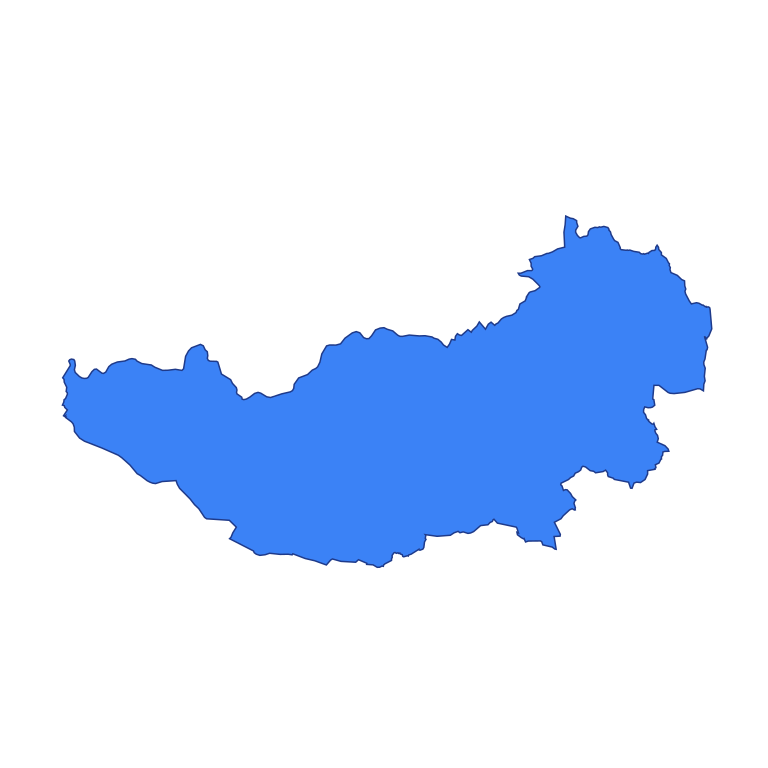 the district of Muinebeag Lea-5, Carlow, Ireland, rotated 96°
{"feature_id": "5873133B83238014482062", "entity_name": "Muinebeag Lea-5", "entity_type": "district", "adm_level": 2, "iso_a3": "IRL", "parent_name": "Ireland", "parent_adm1": "Carlow", "projection": "albers", "projection_center": [-6.936, 52.637], "detail": "fine", "context": "isolated", "style": "filled", "palette": "blue", "viewbox_px": 768, "rotation_deg": 96, "n_neighbors": 0, "source": "geoboundaries", "source_scale": "gbopen_adm2", "svg_char_len": 6123}
<svg xmlns="http://www.w3.org/2000/svg" viewBox="0 0 768 768"><g transform="rotate(96 384 384)"><path d="M255.1,95.1L250.0,95.9L249.0,98.9L245.3,103.6L243.2,110.3L240.1,111.6L238.3,111.4L236.4,112.7L234.5,112.7L233.8,113.7L229.6,116.4L226.6,121.6L224.2,121.9L221.5,124.8L219.3,125.3L217.4,126.9L219.5,128.0L221.3,128.0L222.8,128.7L223.3,131.5L225.5,134.3L226.5,134.6L226.3,135.6L227.7,138.5L227.2,139.3L227.7,140.0L227.6,142.2L226.3,143.9L226.0,149.5L225.1,153.5L225.6,155.3L225.3,156.1L225.7,157.1L225.6,162.2L224.7,163.3L223.7,163.3L218.7,166.1L217.3,169.6L215.8,170.9L211.7,173.7L209.0,174.7L207.3,176.5L206.6,176.4L205.0,177.7L204.3,181.8L205.4,184.9L205.2,186.2L206.1,187.8L206.1,190.6L208.2,195.0L211.1,196.6L214.3,196.7L215.8,197.8L216.3,200.7L218.1,203.8L218.0,204.8L216.0,207.2L213.0,209.3L210.8,209.4L206.9,207.6L203.5,209.2L201.4,209.5L199.8,213.1L199.6,216.0L198.0,220.8L206.7,220.5L214.2,220.9L229.0,218.6L231.5,225.5L235.0,230.3L236.9,234.1L237.1,235.6L240.0,240.8L241.6,247.4L243.5,249.1L245.0,252.4L248.5,250.3L251.5,250.0L254.2,248.1L255.2,248.4L255.8,249.0L256.2,253.1L259.5,259.4L259.8,262.1L261.5,260.8L262.3,258.8L262.2,251.3L264.2,246.9L269.9,239.9L271.0,239.1L271.7,239.3L275.4,243.5L277.2,248.2L278.0,249.2L282.6,251.5L282.8,251.2L286.6,252.3L290.2,257.2L295.8,258.2L296.9,259.5L299.2,260.2L302.2,264.1L303.9,269.2L305.4,272.0L307.1,274.1L311.4,277.0L312.7,279.0L314.1,280.0L311.3,284.0L313.6,286.5L318.9,288.8L312.3,295.7L316.7,297.7L321.5,301.8L323.4,302.6L321.2,306.2L327.6,312.0L327.4,314.1L326.3,316.3L329.1,317.9L332.9,318.1L332.6,321.5L337.4,323.0L341.0,325.0L339.0,328.9L336.3,331.5L333.9,335.1L333.2,339.1L332.2,341.1L331.7,348.3L332.5,353.8L332.7,364.0L334.7,370.6L334.9,373.2L334.0,375.5L330.3,380.8L329.2,386.6L328.0,389.9L328.8,393.7L331.1,398.1L337.4,401.4L340.4,403.7L340.8,406.2L340.0,409.1L335.6,413.4L334.8,417.1L336.5,420.9L342.5,427.6L348.6,431.4L350.3,435.8L350.9,442.1L352.1,445.1L360.6,449.0L369.0,450.0L373.9,451.8L375.7,453.5L377.7,456.8L382.6,461.0L386.9,469.5L393.7,473.3L397.7,473.3L400.1,474.3L401.6,476.3L404.5,484.7L409.3,495.4L409.0,499.3L406.0,505.6L405.5,508.4L406.9,511.7L410.9,515.9L413.4,519.3L414.2,521.8L413.9,523.5L412.0,524.1L409.2,529.2L407.7,529.8L405.4,529.6L403.0,530.5L399.2,534.8L395.7,537.0L391.1,546.7L379.6,551.5L379.0,552.8L379.5,559.2L378.9,561.2L377.0,562.4L374.3,562.2L370.4,563.1L368.7,565.4L364.9,567.7L363.8,570.7L368.1,579.2L371.6,581.9L377.2,584.2L389.8,584.9L391.6,586.4L391.2,593.0L392.9,600.3L393.6,605.7L391.3,613.6L389.4,617.4L389.0,627.0L387.1,631.9L385.4,633.8L385.1,637.3L385.9,640.1L388.2,644.1L390.0,651.5L392.8,656.9L395.5,659.5L401.3,662.0L402.8,664.1L402.7,665.7L399.2,671.5L399.7,673.6L402.3,675.8L408.4,678.9L409.4,680.3L409.8,682.7L409.6,685.0L408.4,687.7L404.8,692.3L402.2,693.4L397.7,692.9L393.4,694.0L392.1,695.0L391.9,697.5L392.7,699.1L394.1,699.9L397.3,698.1L398.6,698.0L411.4,704.2L412.8,702.7L415.6,702.2L420.4,699.2L424.7,699.3L425.7,698.1L427.2,697.8L431.8,699.2L433.0,700.5L435.6,700.6L438.6,701.6L439.0,699.7L440.7,699.0L442.9,696.2L449.1,699.4L449.6,698.4L448.9,697.5L449.6,697.7L450.0,696.7L450.6,697.1L454.3,690.9L456.0,689.1L459.3,687.5L463.6,686.9L469.6,681.1L472.2,675.9L477.1,658.0L482.6,640.8L484.7,637.1L491.2,628.1L499.0,620.1L500.5,616.7L504.9,609.5L506.1,606.5L506.8,603.7L506.9,600.8L504.2,594.5L501.8,580.7L505.3,579.1L509.1,576.4L518.6,564.8L523.8,559.8L527.3,555.2L535.4,548.5L536.6,546.3L535.7,523.6L541.8,515.9L547.8,518.8L552.3,520.1L554.0,521.4L563.7,496.3L565.3,495.5L566.6,493.3L567.4,489.6L566.2,484.3L564.3,480.1L564.3,469.5L563.3,461.5L563.5,457.5L562.4,456.9L565.8,444.1L567.0,434.5L570.0,422.4L564.7,418.7L563.4,417.0L564.9,408.2L564.2,393.5L561.4,391.0L564.1,382.3L565.2,382.4L565.0,376.0L567.0,371.6L566.7,369.2L565.3,367.0L565.4,365.6L563.9,365.4L562.7,364.2L558.7,358.1L556.6,358.2L555.9,357.7L553.5,358.0L550.8,356.4L550.4,355.4L551.1,354.1L550.4,352.5L551.0,351.9L550.5,350.5L551.3,350.2L551.8,348.0L553.5,347.3L553.8,346.3L552.3,342.6L552.6,341.9L551.4,341.5L550.4,339.2L544.8,332.1L545.3,332.1L545.5,330.8L544.2,328.1L542.4,327.3L536.8,327.2L534.1,326.0L533.2,326.8L530.1,326.6L529.5,327.2L529.9,315.3L527.5,302.2L524.7,298.8L522.8,294.9L524.0,292.9L522.8,289.8L523.8,284.9L523.1,282.3L521.4,279.4L514.7,273.1L513.1,265.9L510.6,264.0L509.4,261.9L507.6,261.3L507.0,260.5L510.5,256.7L512.5,237.6L513.5,236.7L518.1,234.7L517.6,236.3L520.0,235.5L522.4,231.5L523.4,229.1L523.0,228.6L526.3,226.7L525.1,224.0L523.7,211.9L524.5,210.6L527.4,209.2L528.6,199.7L530.3,196.8L530.4,195.5L517.9,198.9L516.9,193.0L515.1,192.9L503.7,200.1L499.5,193.9L496.3,192.0L489.7,186.2L488.4,183.8L489.4,181.4L489.2,180.6L487.9,181.0L487.2,180.7L482.8,182.6L480.5,182.1L479.3,181.1L476.3,185.0L473.4,187.0L470.1,190.8L470.1,192.6L471.1,194.4L466.8,196.3L465.7,197.7L464.1,197.5L459.7,190.5L457.5,188.6L455.7,185.8L452.7,184.5L450.9,181.4L449.0,179.4L446.1,178.7L445.0,177.6L445.4,174.9L448.6,169.9L448.9,166.3L450.2,164.3L448.2,157.0L446.5,154.6L449.0,152.3L451.0,152.1L452.6,151.3L453.7,146.2L454.8,145.0L456.1,130.5L461.8,127.9L461.8,126.4L456.4,125.0L455.2,122.5L455.2,118.6L451.7,114.4L446.0,112.4L442.6,112.8L440.5,105.6L440.0,105.9L438.8,104.8L435.9,105.7L433.9,102.3L429.7,100.7L429.6,100.2L427.2,100.5L425.9,99.5L422.5,99.5L421.7,97.8L421.1,93.7L419.0,94.6L416.0,98.1L413.3,106.2L409.7,105.5L406.5,106.6L404.6,108.5L402.3,109.7L401.3,109.8L400.6,108.1L398.1,110.1L394.9,111.5L395.8,111.9L395.7,113.4L393.6,116.6L392.6,117.5L392.2,117.1L391.0,119.2L387.3,120.7L385.0,122.9L382.3,123.1L379.5,122.3L380.0,118.9L379.6,116.3L378.9,114.6L376.8,112.5L371.3,114.0L371.0,115.0L370.2,115.2L357.1,115.4L356.6,110.4L362.7,100.6L363.3,98.5L363.2,94.5L360.9,83.9L355.9,71.6L355.8,69.2L357.4,65.6L350.7,65.9L347.3,65.0L342.9,66.2L334.7,66.2L331.3,67.9L328.7,68.3L325.6,67.4L316.8,67.0L316.2,66.3L313.7,66.0L303.1,70.3L305.3,67.8L304.5,67.6L302.4,66.0L294.9,63.8L275.8,67.5L274.2,68.0L273.7,68.7L273.4,69.7L273.9,71.4L273.2,71.8L273.5,72.7L272.1,75.0L272.3,75.7L270.8,79.1L270.5,81.7L272.2,86.7L269.6,89.0L262.8,93.5L260.2,94.4L258.0,93.8L255.1,95.1Z" fill="#3b82f6" stroke="#1e3a8a" stroke-width="1.5"/></g></svg>